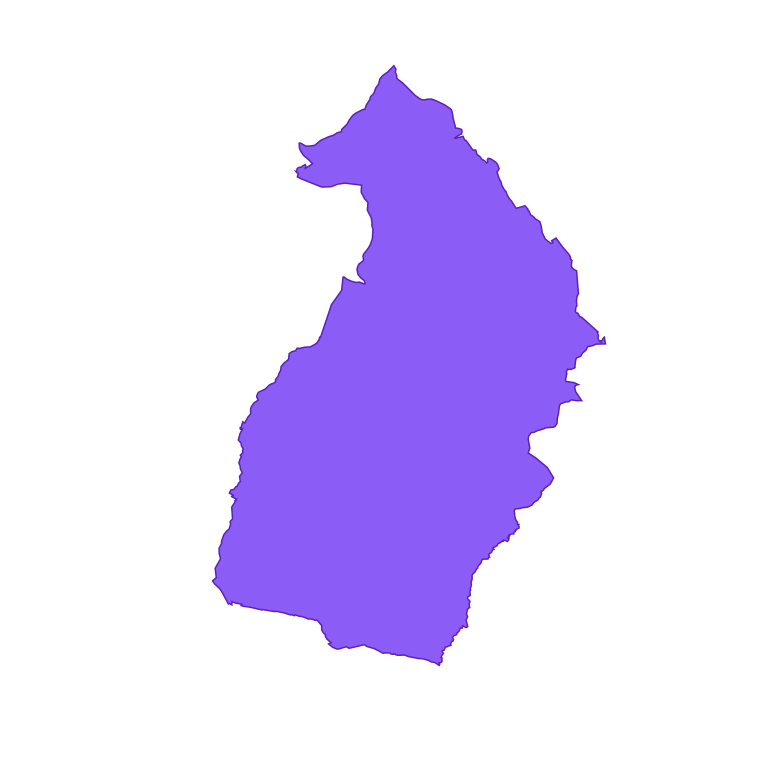 outline of Slanic, Prahova, Romania, rotated 34°
{"feature_id": "2599482B89499575476791", "entity_name": "Slanic", "entity_type": "district", "adm_level": 2, "iso_a3": "ROU", "parent_name": "Romania", "parent_adm1": "Prahova", "projection": "robinson", "projection_center": [25.946, 45.239], "detail": "fine", "context": "isolated", "style": "filled", "palette": "violet", "viewbox_px": 768, "rotation_deg": 34, "n_neighbors": 0, "source": "geoboundaries", "source_scale": "gbopen_adm2", "svg_char_len": 6170}
<svg xmlns="http://www.w3.org/2000/svg" viewBox="0 0 768 768"><g transform="rotate(34 384 384)"><path d="M534.1,607.7L534.7,606.8L539.1,603.7L540.4,604.0L542.4,603.2L544.3,601.4L544.9,601.9L547.0,601.3L552.5,597.3L557.0,596.2L566.2,592.2L570.1,590.0L575.2,588.3L578.2,588.1L581.8,586.5L587.1,586.5L587.0,585.3L585.5,584.4L587.0,583.2L587.3,581.7L585.3,578.7L584.2,578.8L583.7,576.5L583.9,574.1L581.5,572.9L581.4,572.3L582.5,571.3L582.7,570.5L581.9,567.8L583.6,566.2L583.8,565.0L584.7,564.5L585.6,563.1L584.6,562.4L584.2,560.5L584.2,559.5L585.0,558.4L584.5,556.9L582.5,556.0L582.7,553.2L584.4,551.2L583.7,549.1L584.5,547.5L583.8,543.6L585.3,542.7L584.6,540.5L588.0,540.1L588.7,539.6L589.0,538.2L584.0,533.7L583.4,530.1L580.9,528.4L579.2,524.0L580.0,521.3L578.0,519.3L577.0,517.6L577.1,516.6L575.7,515.5L574.5,515.9L573.0,514.8L572.5,513.4L573.6,511.6L573.6,510.7L571.1,508.0L571.1,506.7L569.9,505.1L569.0,501.9L566.9,499.5L566.4,496.9L563.8,492.9L564.5,488.9L564.2,485.3L564.6,484.2L563.8,482.8L564.5,478.3L563.7,475.6L563.7,474.1L568.1,470.9L567.8,469.6L568.4,468.4L566.3,467.1L566.1,466.6L567.3,463.0L566.5,460.8L567.7,459.7L566.1,458.8L566.0,458.3L567.2,456.9L568.2,454.7L567.8,452.6L569.5,449.9L569.4,448.4L570.9,447.8L570.5,446.3L574.3,445.5L574.6,443.9L574.2,442.4L572.5,442.4L573.3,441.2L572.2,440.4L573.0,439.7L572.2,439.0L573.0,438.4L573.2,437.2L575.4,435.8L574.6,434.1L575.4,432.9L574.8,432.0L575.2,431.4L574.8,431.0L576.5,428.0L575.9,426.9L574.7,426.2L574.4,425.0L573.3,425.8L571.9,423.9L568.7,422.7L565.7,419.7L563.2,416.6L562.4,414.9L563.4,413.5L566.2,411.4L567.7,409.4L571.9,405.8L574.4,401.5L574.5,398.2L576.5,394.1L576.4,392.0L576.9,390.1L575.9,386.6L574.4,385.7L575.4,383.3L575.5,380.7L577.8,374.1L577.1,367.0L566.1,361.9L550.9,360.4L542.1,360.5L540.8,355.7L534.3,348.9L533.0,346.1L533.3,341.9L535.3,340.3L537.1,337.2L541.8,331.4L542.1,330.3L549.0,324.7L549.6,323.1L549.5,319.9L546.8,315.4L545.1,310.8L541.8,304.3L541.4,301.9L544.5,297.4L547.0,295.5L547.9,293.0L548.7,292.1L552.7,290.3L557.2,287.3L547.2,283.2L543.7,279.9L543.8,277.7L545.5,275.8L541.1,276.5L534.8,279.4L533.9,280.2L532.3,279.4L529.7,273.0L528.9,273.0L527.8,269.4L527.8,269.0L529.2,268.6L530.8,267.3L533.1,264.0L533.0,263.1L531.8,261.9L531.5,260.5L530.2,258.5L529.1,255.6L529.3,254.3L531.6,251.0L531.2,247.8L532.5,243.0L532.0,239.2L535.2,235.9L537.7,232.2L545.2,226.9L540.5,222.0L540.1,223.8L540.6,226.1L539.2,227.3L540.1,227.8L538.8,228.1L535.8,226.6L535.0,224.2L532.1,222.0L532.4,221.2L510.3,218.1L508.6,218.7L505.2,216.9L503.5,217.4L502.2,216.9L500.1,213.0L500.3,211.6L497.2,207.6L495.1,203.5L494.7,200.4L480.4,182.5L477.7,182.8L474.4,182.4L472.5,180.2L470.8,176.5L468.4,176.1L468.3,175.3L466.8,174.0L464.5,173.0L454.9,170.4L445.0,166.8L442.9,171.5L444.9,172.2L444.9,172.8L444.1,173.7L443.5,174.2L436.5,173.6L430.6,170.1L425.9,165.1L422.5,162.3L417.1,162.4L414.3,161.7L410.7,161.7L407.8,159.6L406.2,159.6L405.7,158.6L401.3,157.4L395.2,164.5L387.8,161.2L383.6,160.0L379.7,157.9L377.6,156.2L376.2,156.1L370.7,153.5L367.6,150.8L365.0,149.6L359.7,145.5L359.1,144.8L359.4,143.1L359.0,141.0L355.6,138.6L352.9,137.6L346.8,137.6L344.2,138.7L344.4,140.5L345.7,141.7L345.9,142.6L345.4,143.3L342.3,142.7L339.7,143.0L336.1,141.8L332.9,141.7L329.1,138.7L327.6,140.1L326.2,140.1L316.2,136.3L314.0,136.4L311.1,134.4L305.0,141.2L306.2,137.3L308.5,133.2L307.3,130.7L306.2,129.8L305.0,129.8L302.1,130.7L300.4,131.8L293.0,125.3L289.4,121.4L286.8,119.1L285.5,118.7L277.9,118.7L267.9,120.2L264.1,121.2L261.1,123.3L258.5,126.0L256.7,127.0L254.0,127.5L248.3,127.3L231.3,124.0L224.7,123.7L223.3,123.0L222.0,121.1L219.1,119.3L217.7,116.2L214.2,114.6L212.6,123.3L210.4,129.1L210.0,133.5L211.9,138.6L211.6,143.1L213.0,148.7L212.2,153.4L213.2,156.2L213.3,162.4L214.5,166.7L212.7,168.7L209.1,175.3L207.9,178.8L207.6,184.3L208.1,189.3L206.6,196.4L207.5,198.8L204.9,201.6L202.7,206.6L200.3,209.3L195.2,217.5L193.2,224.6L190.7,227.2L186.2,230.5L180.2,230.9L179.0,231.8L182.1,235.9L185.5,237.9L189.6,239.5L196.7,240.3L201.6,241.4L198.2,249.2L197.2,246.8L196.0,246.2L194.6,248.6L194.3,250.3L192.0,252.5L191.6,254.2L192.7,257.0L192.2,257.1L193.5,257.6L195.1,257.2L196.3,260.7L200.3,260.3L222.1,255.6L229.8,250.1L233.7,244.4L239.3,239.3L254.2,231.7L257.8,237.7L264.3,241.3L269.2,242.5L273.0,249.2L280.4,253.3L283.9,257.0L285.3,259.4L288.4,262.0L293.1,270.1L294.6,275.6L295.0,280.0L294.5,288.0L295.1,289.8L297.4,292.2L297.8,293.7L296.1,298.6L296.7,302.0L297.5,304.1L301.3,307.8L305.9,309.1L309.2,309.3L311.3,310.3L312.2,311.5L310.9,312.3L306.8,313.2L304.1,315.4L299.7,317.0L294.5,317.9L290.8,317.6L290.3,318.4L296.5,330.0L296.1,347.7L305.3,380.8L304.5,381.2L305.4,383.4L305.4,388.0L302.3,394.3L297.5,398.0L294.2,401.6L292.0,402.8L292.0,406.0L289.7,408.5L288.4,411.9L291.1,416.9L289.3,423.0L289.0,427.2L290.8,430.7L290.8,433.0L291.9,436.8L291.5,440.8L292.8,442.9L292.0,445.2L290.8,446.5L289.5,449.0L288.4,454.5L284.5,461.2L285.0,464.5L285.7,466.0L288.7,467.5L286.8,472.5L286.7,476.4L287.1,478.8L290.1,483.3L289.7,488.1L290.4,494.2L288.1,494.2L289.8,500.1L289.2,500.9L290.3,501.8L291.8,500.5L292.3,505.3L294.5,511.9L298.7,513.0L300.0,514.7L303.6,516.6L303.9,518.0L305.3,520.1L304.7,523.4L306.6,524.3L306.6,526.7L307.8,530.6L310.7,532.6L312.3,534.6L316.1,536.9L315.9,541.4L319.4,545.2L318.9,547.3L319.4,550.9L318.6,552.2L318.5,555.3L316.3,557.6L316.9,561.0L321.2,560.5L321.4,560.9L320.5,562.4L320.8,562.6L326.3,561.9L325.7,564.2L326.4,564.2L326.6,571.2L333.9,580.6L333.3,583.9L335.3,586.3L336.7,591.0L335.8,593.6L335.5,598.6L337.1,604.8L338.6,607.5L339.1,612.3L341.9,616.4L346.2,620.3L347.1,631.2L353.2,638.3L351.9,643.1L355.9,644.6L361.9,645.5L365.3,646.7L378.0,653.4L378.6,652.5L381.4,652.2L379.7,649.5L383.3,648.7L389.2,646.1L389.4,647.6L391.5,647.0L397.6,644.0L409.4,639.5L409.6,638.8L420.3,634.0L422.4,632.4L428.5,629.9L435.5,627.8L435.9,627.1L439.3,626.2L439.2,625.1L443.5,624.0L446.4,622.5L452.7,621.1L455.6,619.2L458.8,618.5L460.6,617.2L467.4,619.1L469.8,622.7L473.0,624.3L475.4,624.5L476.4,625.8L479.3,627.4L484.8,628.1L483.4,630.5L488.8,631.0L493.1,630.1L494.8,628.9L499.4,623.2L500.9,622.6L502.8,622.7L513.7,610.9L516.2,611.3L523.9,608.8L534.1,607.7Z" fill="#8b5cf6" stroke="#5b21b6" stroke-width="1.5"/></g></svg>